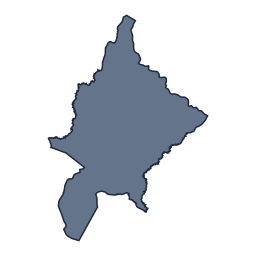 the district of Somdet, Kalasin, Thailand
{"feature_id": "78962969B31755539935973", "entity_name": "Somdet", "entity_type": "district", "adm_level": 2, "iso_a3": "THA", "parent_name": "Thailand", "parent_adm1": "Kalasin", "projection": "mercator", "projection_center": [103.756, 16.783], "detail": "fine", "context": "isolated", "style": "filled", "palette": "slate", "viewbox_px": 256, "rotation_deg": 0, "n_neighbors": 0, "source": "geoboundaries", "source_scale": "gbopen_adm2", "svg_char_len": 5784}
<svg xmlns="http://www.w3.org/2000/svg" viewBox="0 0 256 256"><path d="M207.6,115.7L204.4,114.1L201.4,110.9L198.9,110.6L196.4,107.4L193.8,107.8L193.0,107.4L191.4,105.7L189.3,106.3L188.6,106.0L188.3,105.5L188.5,101.9L188.1,99.6L185.6,97.6L184.1,97.1L181.0,97.1L178.0,95.0L176.1,94.3L174.4,93.9L171.6,94.1L170.1,93.1L168.3,89.3L166.4,88.2L165.7,87.4L165.7,86.5L166.4,85.8L165.5,84.1L166.4,81.3L166.2,78.6L165.6,77.5L164.4,77.2L160.9,77.5L159.2,77.2L159.1,74.3L157.6,72.0L157.0,71.6L151.6,71.0L149.4,70.1L148.5,69.2L148.8,67.1L148.5,65.8L146.0,66.3L144.8,66.2L142.9,65.0L140.1,64.4L138.6,63.5L138.5,63.2L140.5,60.0L140.5,59.0L138.6,54.1L135.4,52.3L134.1,50.8L133.5,47.1L133.7,43.7L132.5,40.5L132.6,35.7L130.9,30.5L131.0,29.5L132.5,27.4L133.5,23.9L135.4,20.7L126.7,15.4L123.5,17.1L122.1,21.9L117.7,26.8L117.4,28.9L118.1,30.5L117.5,31.4L117.5,33.3L117.1,33.8L117.3,35.0L116.8,38.3L115.8,41.3L114.4,43.0L112.2,42.6L110.7,41.6L109.2,42.0L108.3,42.8L105.5,47.9L105.2,54.4L103.6,58.6L103.2,60.7L102.5,62.0L102.5,65.6L102.1,68.7L101.2,70.3L99.4,71.0L99.4,70.5L98.5,70.7L98.5,70.2L97.9,69.8L97.9,70.7L97.2,71.7L95.8,72.6L95.3,73.7L94.3,73.6L94.5,74.2L94.0,74.8L94.3,74.9L94.3,75.4L93.5,76.5L94.1,77.4L93.6,78.3L94.9,79.4L95.1,80.2L94.0,81.2L93.8,81.9L92.8,81.4L92.4,80.8L91.8,81.4L91.2,81.3L90.1,84.1L89.6,84.0L89.7,84.3L89.4,84.3L89.3,85.0L88.9,85.2L88.0,85.2L86.6,84.4L86.3,83.4L85.8,83.6L85.6,84.1L84.3,83.4L83.8,83.4L83.6,83.0L83.1,83.5L82.1,83.4L82.1,84.0L81.3,84.2L81.1,84.9L79.9,84.6L79.0,83.8L78.7,84.6L78.1,84.4L78.1,85.8L79.0,87.6L78.3,87.7L78.5,90.1L78.0,90.6L77.4,90.6L77.9,91.4L77.5,91.7L77.0,91.5L76.5,93.1L75.6,93.7L76.5,94.3L76.4,94.7L76.6,94.8L75.7,95.6L75.5,96.7L76.3,98.6L75.5,98.9L74.5,100.7L74.2,100.6L74.1,101.0L73.7,101.2L73.1,102.2L73.4,102.5L72.9,102.7L73.3,103.2L72.8,103.3L72.2,104.1L73.1,104.8L72.7,104.9L72.8,105.9L73.2,106.4L72.9,107.1L73.4,106.9L73.9,108.1L73.6,108.9L74.6,109.3L74.2,110.7L74.8,110.7L74.5,111.2L75.1,111.7L74.5,112.0L75.3,112.6L75.1,112.9L75.5,113.1L75.5,113.6L75.5,114.4L76.2,114.5L76.4,114.9L75.8,115.8L75.4,117.9L74.6,118.7L74.0,118.9L73.7,118.6L72.8,119.2L73.1,119.5L72.6,120.3L73.1,120.5L72.9,120.9L73.1,121.0L72.2,123.6L73.3,124.1L73.5,125.2L70.9,128.4L71.4,128.7L71.3,129.1L71.6,128.8L72.4,129.3L72.5,129.9L72.1,131.1L70.6,133.0L68.9,133.8L67.8,135.6L66.8,135.8L66.7,136.2L65.9,136.0L66.0,136.3L65.5,136.3L65.4,136.8L65.1,136.9L65.1,137.5L64.6,137.2L64.7,137.8L63.8,137.4L63.9,137.8L63.4,138.2L63.0,138.1L62.9,137.5L62.9,138.2L60.9,139.1L60.9,138.7L60.0,139.0L59.4,138.3L57.7,138.4L56.7,136.9L56.1,136.8L55.7,137.7L55.4,137.5L55.4,137.9L54.2,137.8L53.9,138.3L52.6,137.8L51.8,137.7L50.9,138.1L50.0,137.7L49.1,137.8L48.4,138.5L48.9,139.6L49.9,140.7L50.2,142.4L51.1,144.4L51.3,146.3L50.9,147.6L52.7,148.0L65.9,152.9L84.4,167.4L83.0,168.9L79.8,169.5L80.0,172.3L75.7,173.8L74.0,175.0L72.5,178.5L71.7,178.9L68.7,178.9L67.1,180.3L65.0,185.3L63.9,192.1L63.4,192.3L63.3,194.0L59.8,199.3L58.8,201.7L58.4,205.5L58.7,207.0L61.3,213.3L64.0,221.3L65.9,224.4L66.0,226.6L63.7,229.3L66.3,234.7L68.5,236.6L72.4,238.6L78.9,240.6L97.5,207.0L97.0,204.1L97.0,198.8L95.8,193.9L97.2,192.5L99.0,191.7L101.8,191.2L105.6,192.2L107.0,193.8L108.7,194.4L114.0,195.0L116.7,194.8L117.4,193.9L118.4,194.4L120.3,194.0L121.8,194.5L124.0,193.8L124.8,193.2L126.1,193.2L126.5,192.7L127.4,192.8L128.8,193.8L128.2,194.1L128.2,194.7L128.6,194.7L129.4,197.0L129.3,199.1L131.4,200.0L131.9,199.7L132.7,200.1L133.3,201.5L134.4,201.9L134.5,202.3L135.2,202.4L135.3,203.0L136.0,203.1L135.9,203.6L136.2,203.8L135.9,204.7L137.4,207.2L143.4,210.2L145.3,212.0L146.2,212.0L146.2,211.4L145.7,211.3L145.6,210.7L146.3,210.9L146.7,210.4L146.6,209.6L147.4,209.2L147.8,208.4L146.9,208.2L146.8,207.6L146.3,207.5L145.2,206.3L144.6,206.5L144.7,205.4L145.4,204.8L144.3,204.6L144.0,203.6L143.7,204.0L143.1,203.9L143.2,202.9L142.8,203.0L142.5,202.8L142.4,202.1L142.0,202.2L141.5,200.0L141.0,199.4L142.0,198.2L142.0,195.6L143.3,194.2L144.0,194.0L144.2,192.9L144.8,192.5L143.6,191.5L144.4,191.1L144.7,191.7L145.3,191.5L146.2,189.6L146.0,188.4L146.5,186.8L146.0,185.9L146.7,184.7L146.8,183.9L146.2,183.0L146.5,182.9L146.2,182.6L146.7,182.3L146.1,180.9L146.5,179.8L145.9,179.8L146.2,179.2L146.1,178.8L145.0,178.8L144.3,178.0L144.3,177.7L143.7,177.6L144.2,176.9L144.1,176.4L143.6,176.1L143.8,175.8L143.0,176.0L143.6,174.0L144.1,174.0L144.6,173.4L144.2,172.9L145.3,172.2L146.3,172.4L146.5,171.2L146.8,171.4L147.5,169.9L147.8,170.1L147.8,169.6L148.4,169.0L149.0,169.6L149.1,169.1L149.7,169.2L150.1,168.6L150.5,168.6L150.4,168.2L150.9,168.0L150.9,167.1L150.7,167.0L151.2,166.5L151.0,166.0L152.1,166.0L153.0,165.1L153.1,164.7L153.4,165.0L154.1,164.4L155.0,164.7L155.4,163.8L155.9,164.2L156.7,163.7L157.1,163.9L157.0,163.3L157.7,163.1L157.8,162.7L158.2,163.2L158.1,162.4L159.2,161.8L158.7,161.3L158.7,159.0L159.1,158.7L159.9,159.1L159.9,158.7L160.3,158.8L160.9,158.2L161.2,158.5L162.0,157.6L161.9,157.1L162.6,156.9L162.4,156.5L161.8,156.5L162.3,156.3L162.2,155.6L162.7,155.4L162.1,154.8L162.3,153.7L162.9,153.5L163.3,152.7L163.9,153.0L164.3,151.9L165.0,152.0L165.1,152.4L166.4,152.5L167.3,153.1L168.2,152.9L167.9,152.7L168.0,151.8L169.5,151.3L169.5,150.9L169.9,151.3L170.3,150.6L169.6,150.1L169.5,149.5L170.1,148.5L169.8,147.7L169.4,147.9L169.4,147.4L169.9,146.8L170.9,146.9L170.9,147.4L171.3,147.1L171.1,145.8L171.5,145.7L172.0,144.9L172.4,145.4L172.8,145.1L173.4,145.3L173.6,144.9L176.0,145.1L176.3,144.9L176.1,144.5L177.6,144.9L177.7,144.4L178.3,144.4L178.4,143.9L179.4,144.1L180.6,143.4L181.5,142.2L182.0,140.7L182.4,140.4L182.3,140.0L183.0,139.4L183.1,138.5L183.7,138.7L184.5,136.8L185.0,136.3L185.7,136.2L185.0,135.5L186.7,134.1L186.4,133.2L187.3,133.4L187.6,132.8L189.9,132.8L193.8,131.3L196.1,127.2L198.4,126.5L201.7,124.4L205.4,120.2L207.6,115.7Z" fill="#64748b" stroke="#1e293b" stroke-width="1.5"/></svg>